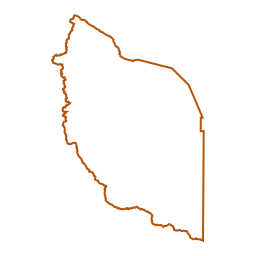 outline of Malargüe, Mendoza, Argentina
{"feature_id": "61730980B71777653725604", "entity_name": "Malargüe", "entity_type": "district", "adm_level": 2, "iso_a3": "ARG", "parent_name": "Argentina", "parent_adm1": "Mendoza", "projection": "robinson", "projection_center": [-70.089, -36.132], "detail": "fine", "context": "isolated", "style": "outline", "palette": "amber", "viewbox_px": 256, "rotation_deg": 0, "n_neighbors": 0, "source": "geoboundaries", "source_scale": "gbopen_adm2", "svg_char_len": 5597}
<svg xmlns="http://www.w3.org/2000/svg" viewBox="0 0 256 256"><path d="M202.6,117.6L188.7,84.9L171.9,68.3L137.5,59.6L136.1,60.2L134.7,60.1L134.3,60.6L133.4,60.5L133.1,61.0L131.8,60.5L130.9,60.6L130.1,60.1L127.7,59.7L125.5,59.0L123.6,58.2L122.8,57.6L122.0,57.4L120.3,56.1L120.2,54.7L119.4,54.1L119.4,53.6L119.7,53.1L119.6,52.7L119.9,52.4L119.6,51.2L119.0,50.8L118.7,50.1L118.6,49.5L118.8,49.1L118.5,48.4L117.6,47.1L116.8,46.8L116.4,46.3L115.8,46.2L113.5,41.4L113.6,40.8L113.1,39.9L113.4,39.5L112.0,38.0L111.3,37.5L110.9,36.9L109.0,35.9L107.6,35.7L106.7,34.8L105.9,34.7L105.1,34.2L102.3,32.1L101.8,32.1L100.4,31.4L100.1,30.9L99.8,31.0L98.5,29.6L96.5,28.9L95.5,27.8L94.7,27.6L93.9,26.7L93.6,26.8L92.8,26.1L91.1,25.6L90.1,24.7L89.4,24.6L88.4,23.5L87.8,23.3L86.9,22.3L86.8,21.8L86.1,21.5L84.5,19.9L83.1,20.0L80.7,19.4L80.1,18.2L78.5,16.6L76.7,16.0L75.9,15.4L74.5,15.4L73.8,16.4L73.6,17.6L73.2,18.0L73.4,18.6L72.5,19.1L71.9,19.0L71.1,19.3L70.2,20.2L70.2,21.7L70.8,21.9L71.2,22.4L71.9,22.6L72.2,23.1L73.8,23.5L74.1,23.9L73.5,24.6L73.6,25.1L73.2,26.6L72.8,26.8L72.1,28.1L72.3,28.7L72.0,29.3L72.3,29.7L72.3,30.0L71.8,30.0L71.4,30.5L71.5,31.2L70.6,31.8L69.6,34.2L68.7,34.7L68.8,37.5L69.0,37.8L68.8,37.9L68.6,38.9L67.2,39.3L67.1,39.7L66.6,40.1L66.5,41.0L66.8,41.6L66.8,42.4L66.0,42.9L65.8,43.6L66.1,44.9L65.9,46.4L67.0,47.4L66.2,48.4L66.8,50.2L66.1,51.4L66.2,51.7L65.8,52.7L65.9,52.9L65.6,53.2L65.0,52.9L64.0,53.7L62.7,54.0L61.7,54.8L61.0,54.9L60.7,54.5L59.6,55.6L57.2,55.4L56.6,55.8L56.1,55.5L56.1,54.9L55.4,55.2L54.4,56.1L54.0,56.8L53.3,57.1L53.6,58.0L53.5,58.6L53.0,59.2L52.9,59.8L52.5,59.8L52.7,60.3L52.3,60.5L53.4,63.0L56.9,63.9L57.4,64.6L57.7,64.7L59.8,64.1L60.3,64.6L61.2,64.2L62.2,64.5L61.9,64.9L62.0,65.5L63.1,67.3L62.7,68.1L62.8,68.6L60.9,70.2L61.3,71.5L61.8,71.9L61.5,72.5L61.1,72.5L60.9,72.9L62.1,73.8L62.2,74.4L61.3,74.8L61.3,75.8L63.4,77.8L64.2,77.8L64.7,77.5L65.2,79.4L66.3,80.2L65.1,79.9L64.6,80.1L64.4,80.7L63.6,80.6L63.4,80.9L63.9,82.2L63.6,82.5L63.7,82.8L63.6,83.3L64.1,83.6L64.5,85.1L64.4,85.5L64.9,85.9L65.3,86.9L64.7,87.3L64.1,88.6L63.1,88.8L62.8,89.7L63.6,90.0L63.8,90.9L64.5,91.4L63.9,92.1L64.4,93.2L65.2,93.3L65.1,93.6L65.4,94.0L66.0,94.3L66.0,95.6L66.4,96.0L66.3,97.2L66.8,97.6L67.0,98.1L67.0,98.5L66.2,98.8L65.9,99.4L65.6,99.5L65.9,100.3L65.7,101.1L66.5,101.4L67.0,102.2L67.8,102.1L68.4,101.7L69.3,102.9L70.0,103.1L69.6,103.6L69.0,103.8L68.4,104.6L67.5,105.0L67.1,105.4L66.3,105.3L65.7,105.9L65.5,107.3L65.0,107.6L63.9,107.3L62.9,108.0L63.0,108.8L62.8,109.1L62.8,109.6L62.6,110.2L62.8,111.0L63.5,111.3L63.6,111.7L66.6,111.8L65.8,112.4L65.7,112.8L65.2,113.0L64.9,113.9L64.0,114.0L63.2,114.6L63.2,114.9L62.8,115.4L63.1,115.9L64.3,116.5L65.0,116.3L65.7,116.9L66.0,117.3L65.6,117.5L65.4,118.0L65.6,119.6L66.2,120.3L66.3,120.8L66.1,121.1L65.2,121.4L65.1,121.7L64.1,121.7L63.7,122.1L63.2,123.5L63.2,124.6L62.7,125.1L62.7,125.4L63.3,125.8L63.3,126.3L64.4,126.9L64.8,129.5L64.6,132.7L65.3,133.7L65.6,134.5L66.1,135.1L66.2,135.8L66.1,136.1L66.3,136.5L66.0,137.5L66.2,138.6L66.1,139.2L66.4,139.3L66.3,139.7L66.9,140.6L66.9,141.5L67.8,143.7L68.1,143.9L69.1,144.0L69.8,143.7L70.6,144.2L71.5,143.9L72.6,143.0L73.3,142.8L74.3,142.7L74.9,143.1L75.5,143.0L75.9,143.4L76.3,144.1L76.4,146.4L76.9,147.1L76.9,147.6L76.6,148.1L77.0,148.6L77.0,149.6L77.6,150.7L77.1,151.6L77.3,153.1L78.1,154.3L78.5,156.0L80.1,157.4L80.5,158.3L81.3,158.8L81.8,160.3L82.3,160.7L82.5,162.3L82.9,162.5L83.6,163.5L84.3,163.5L84.8,164.6L85.6,165.5L85.8,166.3L86.3,166.8L86.6,167.8L86.9,168.0L87.4,169.0L88.4,169.2L88.8,169.5L88.8,170.1L89.4,170.6L89.4,171.9L91.1,171.7L92.7,172.8L93.1,173.3L93.0,173.5L93.6,174.0L93.8,175.7L95.2,176.4L95.3,176.9L95.4,177.4L94.9,178.9L95.2,179.5L97.4,180.8L98.0,180.7L98.3,180.9L98.9,182.6L99.9,183.6L101.9,183.9L103.3,184.7L104.1,185.5L105.8,185.6L106.3,186.7L104.9,187.9L105.0,188.6L104.5,189.1L105.1,189.8L104.8,190.3L104.8,191.9L104.6,192.8L104.7,194.9L105.5,195.7L105.2,197.4L105.9,198.3L105.7,198.5L105.8,199.6L105.6,200.0L106.2,201.2L107.9,202.3L108.1,202.8L108.9,203.6L109.7,203.5L110.7,204.3L111.6,204.6L114.2,206.3L114.3,206.8L115.0,206.9L115.4,207.3L116.0,207.1L117.0,207.4L117.6,208.4L118.6,208.5L119.0,208.2L120.0,209.0L121.3,209.1L121.8,208.7L122.8,209.3L123.4,209.3L124.1,209.0L124.8,209.1L125.3,208.8L125.4,208.5L126.5,208.5L127.0,208.1L127.6,208.2L127.6,208.9L128.5,208.7L128.8,209.1L129.2,209.0L130.5,208.1L131.3,208.1L132.1,208.4L133.2,207.5L135.3,207.7L135.5,207.4L136.3,206.9L136.7,207.1L137.4,206.9L137.9,207.8L139.3,208.3L140.6,209.5L140.9,209.5L141.4,209.0L141.8,209.3L142.1,209.1L142.7,209.5L143.7,209.5L144.2,209.8L144.3,210.2L145.9,210.9L146.3,211.4L147.3,211.8L148.1,211.6L149.0,212.8L150.4,213.0L152.3,215.5L152.0,216.1L152.3,216.6L151.5,218.2L151.8,219.3L151.5,220.0L151.7,220.5L152.2,220.8L151.8,221.7L152.4,223.2L152.9,223.4L153.1,224.1L153.7,224.2L154.5,224.7L155.3,224.6L155.8,225.2L156.4,225.1L156.7,224.7L157.3,224.7L159.3,225.3L160.2,225.0L160.5,225.2L161.5,225.3L162.1,225.4L162.9,226.4L163.3,226.4L163.1,226.7L163.3,226.9L164.0,226.6L164.5,226.0L166.5,225.9L168.7,224.3L169.7,224.2L170.9,225.3L172.9,226.0L173.1,227.2L173.9,227.8L174.3,229.1L173.9,229.6L174.2,230.1L176.6,230.5L178.2,230.5L179.1,229.9L179.8,229.9L181.5,231.0L182.2,231.2L183.8,230.7L184.7,230.8L185.4,231.4L186.3,231.0L186.6,231.0L187.3,231.9L188.2,233.8L189.7,235.4L190.1,236.6L189.9,237.0L190.9,238.1L193.6,239.3L195.4,238.9L195.8,238.3L196.2,238.3L196.5,238.5L196.5,239.1L197.8,239.2L198.3,239.0L199.7,239.5L200.2,239.3L200.7,239.7L201.3,239.7L201.6,240.2L202.0,240.1L203.0,240.6L203.7,131.1L200.7,131.1L200.8,117.6L202.6,117.6Z" fill="none" stroke="#b45309" stroke-width="2"/></svg>